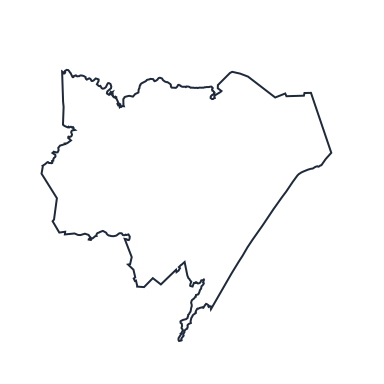 outline of Elota, Sinaloa, Mexico, rotated 259°
{"feature_id": "50627088B50606245291674", "entity_name": "Elota", "entity_type": "district", "adm_level": 2, "iso_a3": "MEX", "parent_name": "Mexico", "parent_adm1": "Sinaloa", "projection": "albers", "projection_center": [-106.918, 24.031], "detail": "fine", "context": "isolated", "style": "outline", "palette": "slate", "viewbox_px": 384, "rotation_deg": 259, "n_neighbors": 0, "source": "geoboundaries", "source_scale": "gbopen_adm2", "svg_char_len": 5949}
<svg xmlns="http://www.w3.org/2000/svg" viewBox="0 0 384 384"><g transform="rotate(259 192 192)"><path d="M177.5,54.0L177.2,59.9L174.6,59.1L173.7,68.8L171.6,71.9L171.0,74.2L171.5,78.9L169.6,82.3L168.5,82.7L166.8,83.7L165.3,81.6L165.0,81.5L164.2,83.6L164.4,83.8L164.8,83.5L165.0,83.7L165.5,84.6L165.5,85.7L167.2,88.8L167.1,89.9L167.6,89.8L168.7,90.3L169.4,90.9L169.8,91.7L169.9,92.9L170.3,94.0L170.8,96.9L170.6,97.4L168.4,100.0L167.2,100.3L166.0,101.1L165.0,102.3L164.9,103.0L164.2,104.1L163.6,106.4L163.6,108.3L163.7,109.5L165.3,112.7L165.3,113.4L165.0,114.7L164.6,115.3L163.1,115.8L162.6,116.7L162.5,117.8L162.8,118.6L162.4,119.1L162.3,119.6L162.5,121.5L160.1,122.4L158.0,121.7L157.3,121.3L156.9,120.8L157.1,119.8L158.1,118.8L158.8,117.0L139.6,120.4L133.0,117.5L133.0,115.4L126.9,119.7L119.1,120.0L118.2,118.3L115.5,119.0L115.7,120.1L110.6,120.3L109.6,120.1L107.8,126.8L114.9,137.1L107.2,143.8L118.7,161.5L116.3,161.5L117.5,164.0L117.9,164.1L119.5,165.7L120.8,164.8L122.5,167.4L122.5,167.7L124.7,171.4L111.0,171.5L108.2,172.0L107.3,172.7L105.6,173.3L104.1,174.2L102.4,173.1L100.5,172.3L100.0,172.5L99.1,174.5L102.3,176.5L101.9,178.9L102.6,178.8L102.5,179.2L101.1,180.3L101.1,181.9L101.5,182.8L103.5,184.3L103.4,186.3L103.8,186.9L103.5,187.0L101.1,185.6L100.2,186.2L99.0,185.4L97.6,183.3L95.4,182.5L94.1,181.0L92.6,180.3L90.8,179.1L90.3,178.5L90.4,177.8L89.9,176.6L90.0,176.2L88.5,175.7L88.6,175.3L87.2,173.9L86.0,171.5L85.0,170.7L83.4,170.0L81.7,170.2L80.0,170.0L78.6,169.2L75.5,168.0L74.8,167.7L74.1,166.8L72.8,165.9L72.2,164.8L70.8,164.5L70.0,163.8L69.2,163.6L68.3,161.9L68.2,159.1L67.7,157.0L67.2,156.0L65.8,155.8L64.7,156.8L62.4,156.7L60.7,155.8L60.2,155.8L58.8,156.6L58.0,156.4L57.3,156.2L56.0,155.0L55.2,154.6L55.1,153.8L54.2,153.9L51.2,151.0L50.1,150.6L48.7,150.6L48.2,150.9L48.3,153.4L48.5,153.6L49.3,153.3L49.9,153.5L51.1,154.6L52.2,156.1L52.8,156.4L53.1,156.1L54.2,156.3L55.8,157.8L57.2,158.2L58.2,159.4L58.8,161.2L59.4,161.3L59.7,161.7L60.5,162.1L61.9,162.1L62.3,162.4L63.1,163.6L63.6,165.9L65.3,165.9L68.8,167.5L69.5,168.4L70.6,169.0L71.3,169.9L72.5,172.7L73.0,172.8L73.2,172.5L74.3,173.1L76.3,174.7L76.5,175.3L76.2,176.1L76.7,177.1L76.9,180.5L76.4,180.8L75.9,180.1L76.0,180.5L76.2,181.1L78.1,182.8L79.5,184.5L78.9,185.4L77.6,186.6L77.2,186.6L76.5,186.2L75.2,186.9L76.3,186.9L76.5,187.2L76.4,188.0L75.6,189.7L73.8,188.2L73.3,188.2L104.3,215.1L114.7,224.6L119.8,229.5L127.0,235.8L133.4,242.1L145.9,255.1L159.5,268.6L169.8,279.4L174.4,284.5L182.6,292.7L187.8,298.3L189.0,299.9L190.3,303.0L190.8,304.9L191.8,310.1L192.1,312.7L192.0,315.1L193.0,317.5L193.3,319.0L193.3,320.1L192.8,320.7L192.7,321.2L193.6,323.2L193.6,324.1L198.9,329.6L203.9,336.2L266.6,327.7L267.7,321.3L265.2,320.2L268.0,303.0L270.9,302.3L268.9,291.7L294.6,269.0L299.0,261.9L302.3,254.4L301.6,252.0L292.0,237.8L288.9,237.1L285.5,240.2L284.7,239.0L282.5,232.9L281.6,232.2L279.9,232.3L279.8,231.2L279.3,230.6L279.4,229.4L280.7,228.2L282.1,228.6L283.0,229.6L283.4,230.2L283.4,230.8L283.7,231.6L284.8,232.3L284.6,232.7L285.0,233.1L286.1,232.7L287.2,232.0L287.6,231.3L289.1,231.3L289.6,232.0L290.1,232.2L291.7,231.2L291.9,230.1L291.8,228.7L292.3,226.0L292.2,225.2L292.4,224.5L292.2,223.3L293.0,219.4L293.0,217.3L293.3,216.9L293.8,213.9L294.2,213.2L294.3,212.1L294.7,211.0L294.6,210.6L295.8,209.3L296.3,208.2L296.6,206.8L296.3,206.5L296.1,206.0L296.7,205.3L297.0,203.1L297.4,202.1L298.0,201.3L298.7,201.0L299.1,200.1L299.7,199.6L299.7,198.8L298.1,197.4L297.3,196.0L298.4,191.9L299.6,191.4L301.1,191.7L302.1,191.3L304.5,188.9L304.7,188.0L305.7,186.3L307.5,184.8L309.1,184.3L310.1,182.7L310.3,182.1L310.2,181.1L309.8,180.4L308.8,179.4L308.1,177.7L307.9,176.5L308.7,175.8L309.5,175.8L310.2,175.4L311.0,172.7L310.7,171.7L310.7,170.1L310.6,169.1L309.7,168.0L308.2,163.0L307.4,161.9L306.8,161.7L306.7,161.4L306.2,161.0L303.8,160.1L303.5,159.7L302.5,159.1L299.9,158.4L299.0,154.9L296.9,152.2L298.3,149.0L298.4,148.1L298.2,144.8L297.9,143.8L297.2,143.4L296.3,142.3L290.5,141.3L289.2,141.5L289.7,139.7L289.0,138.9L289.2,137.9L288.9,137.2L289.9,137.2L290.3,138.0L291.7,138.4L292.1,138.0L291.1,137.0L291.1,136.1L292.8,135.6L293.6,136.7L297.7,135.8L298.4,135.2L299.5,135.8L300.3,134.9L299.6,133.9L299.7,133.6L300.9,132.7L301.6,132.8L302.0,132.2L302.4,132.1L303.0,132.6L303.3,131.4L304.3,132.1L304.7,132.8L305.4,133.3L305.1,132.2L305.7,131.5L305.1,131.3L305.1,130.9L304.7,130.7L304.5,130.1L303.7,129.8L303.2,129.1L304.8,127.4L305.3,127.3L306.9,128.1L309.3,132.3L310.9,132.9L313.5,132.6L314.5,131.6L314.9,130.5L314.3,129.7L311.3,127.4L310.5,125.8L310.4,124.2L311.1,123.2L313.6,122.3L313.4,121.7L314.0,120.6L315.9,119.2L318.8,121.5L320.3,121.8L320.6,121.4L320.7,120.9L321.2,120.4L321.8,119.1L320.3,116.8L320.0,115.6L320.2,114.6L322.1,114.0L323.1,113.1L323.2,112.7L322.4,110.2L323.3,109.5L324.1,109.3L325.0,109.5L326.0,108.5L327.1,106.8L327.6,105.2L327.7,104.6L327.2,103.3L327.5,102.0L327.4,101.5L327.8,100.7L328.2,100.3L328.6,100.3L328.7,100.0L328.5,99.4L328.4,98.2L327.5,97.6L327.4,97.0L327.6,96.7L329.6,96.1L331.8,95.6L332.6,95.0L333.6,94.7L335.2,93.8L335.8,92.4L335.1,90.4L334.7,90.2L334.2,90.4L333.5,90.3L332.7,89.5L332.7,89.1L332.8,88.4L334.3,88.3L335.1,87.5L305.3,82.7L300.0,82.2L282.7,78.2L281.2,79.4L279.2,82.3L279.6,83.2L278.9,83.4L278.8,83.7L279.2,85.2L279.1,85.7L278.3,86.4L278.5,87.5L277.9,87.9L277.3,87.5L276.4,87.9L275.2,89.0L275.3,86.5L275.0,85.7L274.4,85.1L273.6,84.8L271.4,85.2L270.3,84.7L269.7,84.1L269.4,82.7L269.9,81.3L269.6,81.0L268.6,80.8L266.8,82.4L266.3,82.5L265.7,83.0L263.7,78.7L263.8,76.6L263.5,76.6L263.7,76.2L263.2,76.1L262.7,71.3L260.8,69.1L258.9,69.1L258.2,68.9L256.6,67.6L256.7,66.7L257.9,63.9L257.4,63.6L257.2,63.0L256.8,63.1L256.7,62.7L255.0,64.4L254.8,64.9L253.1,64.8L252.6,64.5L251.7,62.9L251.0,62.5L250.7,62.1L249.2,61.8L249.1,60.5L247.3,60.5L247.1,60.2L247.1,59.3L247.5,58.5L247.8,57.1L248.8,56.4L248.9,55.9L247.2,52.8L246.2,50.2L245.5,50.4L238.7,47.8L211.7,58.2L191.3,51.3L189.9,49.6L177.5,54.0Z" fill="none" stroke="#1e293b" stroke-width="2"/></g></svg>